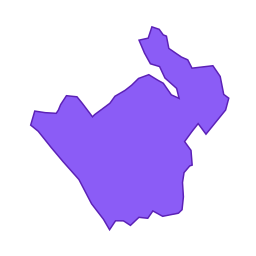 Fasoula Pafou, Paphos, Cyprus, rotated 96°
{"feature_id": "46923920B40214327074484", "entity_name": "Fasoula Pafou", "entity_type": "district", "adm_level": 2, "iso_a3": "CYP", "parent_name": "Cyprus", "parent_adm1": "Paphos", "projection": "albers", "projection_center": [32.631, 34.747], "detail": "fine", "context": "isolated", "style": "filled", "palette": "violet", "viewbox_px": 256, "rotation_deg": 96, "n_neighbors": 0, "source": "geoboundaries", "source_scale": "gbopen_adm2", "svg_char_len": 971}
<svg xmlns="http://www.w3.org/2000/svg" viewBox="0 0 256 256"><g transform="rotate(96 128 128)"><path d="M231.1,135.7L221.6,130.7L220.8,122.9L224.6,115.4L215.7,107.8L215.7,98.9L207.9,94.6L212.2,84.3L207.4,68.9L203.8,65.9L203.6,65.7L190.7,65.7L176.5,68.1L166.5,67.6L159.3,62.7L158.2,60.3L143.7,63.0L135.6,70.3L124.9,64.1L116.3,58.7L126.0,49.8L113.1,41.4L99.9,32.8L87.8,30.9L84.6,36.3L67.1,41.7L57.2,50.1L61.8,70.6L54.0,75.7L51.8,82.4L48.3,88.9L44.6,95.7L32.6,99.4L31.7,102.7L26.6,107.3L24.9,114.8L36.5,117.3L39.5,126.2L51.8,119.4L61.8,112.4L63.6,103.0L74.4,96.5L83.5,83.8L93.2,80.3L90.5,88.4L79.8,97.6L77.3,103.5L72.8,112.9L77.6,122.7L85.1,128.9L90.8,134.8L97.8,144.3L105.3,148.6L118.2,162.6L120.6,164.5L108.2,176.1L102.3,182.0L102.3,192.6L111.7,197.4L117.4,199.1L120.9,200.9L121.4,212.0L120.9,222.5L134.8,225.0L135.3,225.1L140.6,217.0L155.5,202.3L168.3,189.0L184.4,171.4L207.2,156.3L221.3,142.9L231.1,135.7Z" fill="#8b5cf6" stroke="#5b21b6" stroke-width="1.5"/></g></svg>